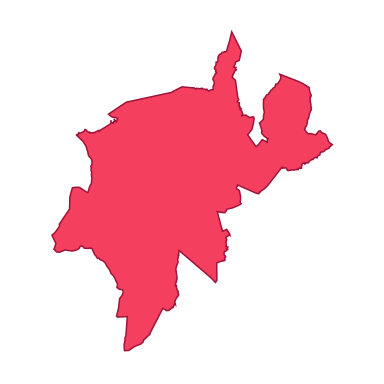 outline of Yautepec, Morelos, Mexico, rotated 3°
{"feature_id": "50627088B17751662562656", "entity_name": "Yautepec", "entity_type": "district", "adm_level": 2, "iso_a3": "MEX", "parent_name": "Mexico", "parent_adm1": "Morelos", "projection": "equal_earth", "projection_center": [-99.033, 18.865], "detail": "fine", "context": "isolated", "style": "filled", "palette": "rose", "viewbox_px": 384, "rotation_deg": 3, "n_neighbors": 0, "source": "geoboundaries", "source_scale": "gbopen_adm2", "svg_char_len": 5983}
<svg xmlns="http://www.w3.org/2000/svg" viewBox="0 0 384 384"><g transform="rotate(3 192 192)"><path d="M304.6,86.4L303.7,83.2L303.7,81.6L296.9,77.9L292.1,75.9L273.5,69.8L274.7,72.0L274.5,74.3L274.3,75.2L272.5,78.4L271.6,79.5L269.9,80.0L269.4,82.5L268.8,83.2L267.6,84.0L266.3,85.8L265.2,86.5L264.6,88.1L263.6,89.1L263.3,90.3L261.3,91.2L260.7,92.6L260.3,92.9L260.3,94.0L259.3,94.7L258.6,95.7L258.9,103.5L259.2,105.5L260.1,108.4L259.4,112.2L259.5,115.3L258.6,116.8L255.8,119.6L257.8,124.6L258.6,127.3L258.4,129.3L259.3,130.7L261.0,132.1L261.1,132.6L263.6,133.9L264.4,135.0L265.8,134.6L264.5,135.4L264.5,138.3L259.4,136.0L255.6,141.5L253.6,143.4L244.6,132.0L248.6,126.3L249.8,119.5L250.2,115.8L249.8,114.0L248.6,113.7L246.3,114.5L245.2,114.3L242.3,112.9L242.3,112.6L241.1,112.4L238.1,113.0L237.1,114.0L238.7,111.4L237.0,107.7L235.7,107.2L236.6,105.9L235.4,105.2L234.9,105.9L235.3,104.1L234.3,103.4L234.8,102.8L234.5,101.6L234.7,100.4L233.4,100.3L232.5,99.5L233.9,97.4L232.9,95.9L229.6,78.6L229.3,77.9L226.9,76.0L226.1,74.9L228.4,69.0L229.9,67.6L228.9,66.8L229.4,65.6L229.3,65.1L228.1,65.3L226.9,64.8L228.3,62.3L229.1,59.5L229.8,59.1L230.9,58.9L231.5,58.3L232.2,58.3L233.9,48.7L223.3,30.0L221.5,39.7L220.2,44.7L219.1,49.9L216.9,50.2L216.2,51.0L214.8,50.9L213.5,52.6L212.4,53.1L211.1,55.1L210.9,57.3L211.1,59.0L210.6,60.9L209.3,61.0L209.3,63.7L208.0,66.5L208.0,67.8L209.6,69.2L209.2,70.3L210.3,71.7L209.0,72.6L208.8,73.9L207.2,76.7L207.0,77.7L207.0,78.7L208.3,80.5L208.5,82.1L208.2,84.3L208.0,84.2L207.5,86.2L207.8,87.3L207.7,88.7L206.6,88.6L203.3,90.2L202.3,89.6L201.6,88.6L201.2,88.6L200.7,89.2L199.7,88.7L197.5,88.5L196.6,87.8L196.1,88.4L195.5,88.1L194.9,88.5L191.0,88.2L190.3,89.0L189.8,89.0L189.0,88.0L176.5,87.5L167.3,92.8L166.8,93.5L121.7,105.7L104.5,118.6L107.5,121.0L109.9,121.7L111.5,121.6L113.7,122.4L112.9,125.7L110.0,123.2L110.7,123.8L110.9,124.4L110.9,125.9L110.0,125.8L109.9,127.5L107.6,126.6L107.3,124.5L107.3,128.0L95.7,136.2L95.6,135.4L91.9,137.4L91.9,137.7L90.6,138.0L86.6,138.2L86.5,137.5L85.6,137.7L84.4,137.0L82.9,135.5L81.9,135.2L80.7,137.3L77.2,139.2L75.9,138.6L75.2,140.8L74.2,140.4L73.7,141.3L80.3,147.0L83.6,151.5L85.9,157.7L86.7,161.1L89.4,163.9L90.3,165.4L90.7,169.3L89.6,172.0L90.1,172.9L90.0,175.8L90.9,177.4L90.6,179.5L91.0,182.5L91.5,184.1L91.1,185.6L91.2,187.0L90.9,189.2L90.8,189.7L90.0,190.6L89.1,193.2L88.9,194.9L88.4,196.3L88.2,197.9L86.7,197.6L79.5,193.3L76.1,193.3L72.3,194.1L70.3,203.1L70.6,215.4L61.1,231.2L61.6,233.0L57.2,239.8L54.4,242.4L58.8,250.6L57.1,256.5L58.0,256.8L58.5,257.9L60.3,259.0L63.1,259.0L68.4,256.5L74.8,257.2L76.5,257.0L80.7,255.5L82.0,254.5L82.7,253.4L82.9,252.5L83.6,251.9L85.0,251.6L85.3,252.1L86.4,252.5L87.0,253.5L87.5,253.8L90.7,253.8L91.1,253.5L91.7,253.8L93.3,253.2L93.7,253.6L94.3,253.3L95.0,253.8L95.7,254.9L97.0,257.6L97.5,257.6L97.8,259.3L99.7,261.2L100.4,262.6L101.5,263.3L102.6,262.9L103.0,263.1L103.3,264.1L107.0,265.6L108.8,267.1L110.8,270.4L113.8,274.1L115.6,277.9L117.6,279.4L119.5,282.1L120.4,284.2L122.5,288.1L122.0,291.3L124.6,292.9L127.4,293.3L128.3,294.5L128.4,296.8L127.5,298.9L125.3,302.3L124.7,312.0L123.1,319.8L124.0,320.8L133.9,319.8L133.5,338.8L133.3,339.8L132.7,341.0L132.8,344.0L132.2,347.7L132.4,351.0L132.9,354.0L137.3,353.5L141.6,350.1L144.3,348.5L149.2,346.3L150.1,345.1L150.8,344.7L151.5,342.4L157.4,336.2L158.1,333.8L168.8,310.0L169.4,309.6L169.9,310.2L171.7,311.0L172.4,311.8L175.1,311.5L176.1,310.1L176.7,310.1L178.3,308.3L179.3,309.0L178.9,308.2L180.0,306.4L180.0,305.2L180.7,304.5L181.3,305.2L181.1,304.2L180.8,304.0L180.5,302.1L180.9,301.7L181.2,300.3L181.8,299.4L182.2,298.3L184.0,296.0L183.9,294.7L183.5,294.5L183.3,293.7L183.4,292.1L182.8,291.1L182.6,291.2L181.3,287.8L181.5,287.2L181.4,286.3L180.9,285.8L180.4,286.2L180.5,283.6L181.1,282.6L181.1,280.5L181.5,280.3L181.6,278.7L180.0,270.5L180.0,268.0L180.5,267.6L180.6,265.3L181.3,264.6L181.6,262.4L181.2,259.6L181.7,258.5L181.6,258.3L181.6,256.4L182.2,255.9L182.2,255.5L181.8,255.0L182.2,251.1L215.2,276.5L220.2,281.1L221.5,278.7L220.4,261.5L225.1,259.4L226.5,259.3L226.5,258.8L228.3,258.8L228.5,258.2L228.1,257.3L228.0,256.4L228.7,255.9L229.0,254.9L228.5,254.0L227.7,253.6L227.3,252.6L227.2,251.2L227.6,249.5L229.0,249.3L229.4,248.8L229.7,247.8L229.6,247.3L230.6,247.6L230.4,246.4L230.7,245.0L228.5,244.8L229.0,243.3L228.7,240.9L228.7,239.1L229.1,238.3L229.1,237.3L228.5,236.5L228.2,235.7L228.7,235.1L229.9,234.5L230.9,233.1L231.2,233.0L232.1,233.4L231.7,232.6L231.9,232.0L228.6,227.5L224.5,229.6L218.2,210.2L221.5,210.8L225.8,211.0L226.5,209.6L227.3,209.1L227.7,207.6L228.0,207.2L233.2,205.8L239.1,202.9L241.7,201.2L241.1,200.6L240.6,199.2L240.9,197.0L240.6,193.2L240.0,191.3L239.6,189.1L238.8,187.6L237.4,187.0L236.1,185.9L236.0,185.0L237.1,183.7L237.2,182.6L254.9,189.4L258.2,190.3L258.9,190.1L259.3,188.6L259.8,188.2L260.1,188.5L260.7,187.6L264.2,184.9L267.0,181.9L280.5,162.6L280.6,163.0L281.3,163.6L282.3,163.1L282.4,162.8L282.2,162.5L283.1,163.2L284.5,162.9L285.2,163.7L285.3,164.3L286.4,165.5L287.5,165.6L288.7,165.1L289.8,165.1L290.5,164.6L292.9,164.8L294.2,164.2L295.1,164.3L295.3,163.9L296.9,164.0L296.9,163.1L298.5,162.4L299.1,162.8L299.9,162.6L300.4,158.7L301.1,157.6L301.8,157.4L302.8,157.6L303.2,158.2L303.6,157.9L303.1,157.1L303.6,156.7L304.6,157.0L306.7,156.7L307.4,155.3L310.2,153.1L310.6,153.3L311.2,153.2L311.8,151.7L313.8,151.0L315.0,151.4L315.3,151.2L315.0,150.5L315.8,149.4L316.9,148.5L317.7,148.4L318.2,145.6L320.9,145.0L321.9,144.3L323.0,142.9L325.6,141.5L326.5,141.3L326.7,140.3L329.2,137.9L329.2,137.6L329.6,137.2L327.9,136.4L325.9,134.7L325.4,133.9L324.9,132.0L322.6,127.7L321.8,127.1L318.6,126.0L317.6,125.2L317.0,124.2L315.5,124.5L312.6,128.2L311.9,128.4L307.5,127.4L305.1,127.8L303.2,126.3L301.3,123.7L301.1,122.7L301.8,122.2L301.9,121.3L302.9,119.8L303.6,116.3L303.5,114.4L304.6,111.6L305.1,108.4L306.0,105.2L306.7,103.9L306.8,102.8L306.8,101.7L306.2,100.0L306.2,98.8L305.2,94.3L305.1,90.6L305.6,90.8L305.9,89.9L305.9,88.9L304.6,86.4Z" fill="#f43f5e" stroke="#9f1239" stroke-width="1.5"/></g></svg>